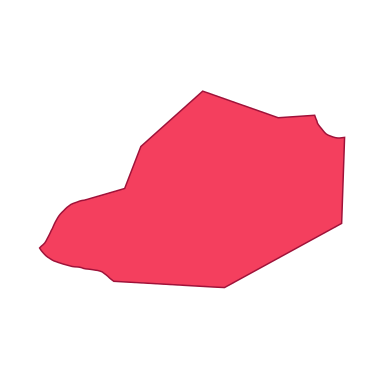 outline of Castro Barros, La Rioja, Argentina, rotated 83°
{"feature_id": "61730980B97852769949948", "entity_name": "Castro Barros", "entity_type": "district", "adm_level": 2, "iso_a3": "ARG", "parent_name": "Argentina", "parent_adm1": "La Rioja", "projection": "mercator", "projection_center": [-66.905, -28.889], "detail": "fine", "context": "isolated", "style": "filled", "palette": "rose", "viewbox_px": 384, "rotation_deg": 83, "n_neighbors": 0, "source": "geoboundaries", "source_scale": "gbopen_adm2", "svg_char_len": 1264}
<svg xmlns="http://www.w3.org/2000/svg" viewBox="0 0 384 384"><g transform="rotate(83 192 192)"><path d="M156.4,33.9L156.4,36.4L156.4,38.8L156.1,41.1L155.4,43.4L154.5,45.5L153.4,47.6L152.3,49.7L150.9,51.6L149.1,53.1L147.1,54.4L145.1,55.6L143.1,56.9L141.1,58.1L139.0,59.1L136.7,59.4L134.4,60.1L130.8,60.9L128.8,97.4L127.3,100.4L109.6,136.1L93.2,169.1L140.6,237.2L180.3,258.4L187.0,299.9L187.0,302.2L187.3,304.6L187.9,306.9L188.4,309.2L188.9,311.5L189.6,313.7L190.8,315.8L192.0,317.9L193.4,319.8L194.9,321.6L196.3,323.5L197.8,325.3L199.5,327.0L201.3,328.5L203.2,329.9L205.1,331.3L207.1,332.6L209.1,333.8L211.2,335.0L213.1,336.4L215.1,337.6L217.1,338.9L219.0,340.2L221.0,341.6L222.9,342.9L224.7,344.4L226.2,346.3L227.5,348.3L229.0,350.1L231.7,348.8L233.7,347.5L235.7,346.1L237.5,344.7L239.2,343.0L240.7,341.2L242.2,339.4L243.6,337.4L244.6,335.3L245.7,333.2L246.7,331.0L247.7,328.9L248.6,326.7L249.5,324.5L250.4,322.3L251.3,320.1L251.9,317.8L252.3,315.5L252.8,313.2L253.6,310.9L254.7,308.8L255.4,306.6L255.9,304.2L256.5,301.9L257.1,299.7L257.8,297.4L258.4,295.1L259.3,292.9L260.4,290.8L262.1,289.1L263.7,287.4L265.4,285.8L267.3,284.3L269.0,282.7L271.1,280.5L289.0,181.9L290.8,171.4L241.4,47.3L156.4,33.9Z" fill="#f43f5e" stroke="#9f1239" stroke-width="1.5"/></g></svg>